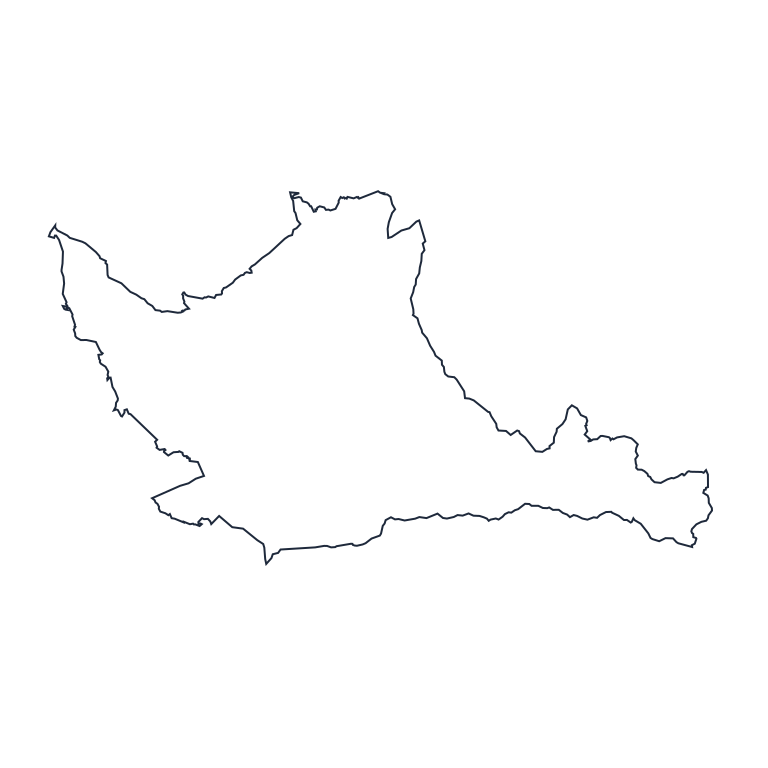 outline of Carbunesti, Prahova, Romania, rotated 168°
{"feature_id": "2599482B86728015913545", "entity_name": "Carbunesti", "entity_type": "district", "adm_level": 2, "iso_a3": "ROU", "parent_name": "Romania", "parent_adm1": "Prahova", "projection": "equal_earth", "projection_center": [26.2, 45.227], "detail": "fine", "context": "isolated", "style": "outline", "palette": "slate", "viewbox_px": 768, "rotation_deg": 168, "n_neighbors": 0, "source": "geoboundaries", "source_scale": "gbopen_adm2", "svg_char_len": 6149}
<svg xmlns="http://www.w3.org/2000/svg" viewBox="0 0 768 768"><g transform="rotate(168 384 384)"><path d="M436.0,591.0L435.9,585.9L434.8,582.0L435.9,571.7L435.0,569.6L434.8,562.2L432.5,557.9L437.1,554.6L440.5,553.7L442.9,548.8L446.5,548.5L450.9,546.7L469.0,535.9L476.9,532.7L485.4,527.8L489.0,526.6L491.5,524.6L490.2,522.6L490.3,520.4L492.2,520.5L495.0,521.9L496.9,521.6L498.7,520.0L501.5,520.0L507.9,517.1L510.8,514.5L518.4,511.3L520.8,511.2L523.3,508.5L523.6,506.3L524.6,505.4L529.7,506.0L531.9,503.4L537.7,506.2L540.1,505.6L541.5,506.1L543.7,505.2L557.4,510.8L559.5,512.7L560.4,515.1L561.2,515.2L562.7,513.6L562.1,512.2L562.7,509.5L562.1,506.1L562.8,504.7L559.1,498.2L562.8,498.2L564.0,497.3L565.9,497.7L566.3,497.5L565.9,496.6L567.9,496.2L571.0,496.6L580.7,500.3L586.4,500.7L587.8,502.3L592.2,503.8L594.4,508.5L598.4,512.1L600.8,516.8L603.4,518.3L607.7,522.9L613.0,526.9L619.9,537.1L631.2,545.5L631.7,548.1L630.0,558.4L631.3,560.2L630.4,562.1L635.5,566.0L635.7,568.2L638.4,573.0L646.8,583.7L649.6,585.9L661.0,592.3L662.9,595.1L671.5,602.1L673.1,605.5L672.6,607.5L678.7,601.9L681.1,598.1L676.3,595.5L675.0,597.6L673.8,597.3L671.9,592.5L670.5,580.3L673.4,568.7L675.7,562.6L676.0,561.1L675.2,555.6L676.0,548.8L679.5,538.9L677.5,530.0L678.5,528.6L677.4,525.9L678.0,525.5L682.0,527.1L681.2,524.0L680.1,523.0L678.1,522.2L678.9,523.7L678.4,524.8L676.1,523.6L674.2,516.7L674.9,515.2L673.9,506.1L674.8,504.5L674.0,504.0L676.2,501.7L675.6,497.7L676.0,495.1L675.0,493.1L671.4,490.0L665.9,488.9L657.1,485.0L655.1,476.7L654.1,474.0L652.8,472.5L654.0,471.6L657.3,471.9L657.4,467.4L656.7,466.2L657.4,464.6L656.8,462.8L652.8,458.8L651.1,453.4L652.5,450.3L652.1,448.3L653.6,447.1L653.7,445.4L651.3,447.2L650.1,447.1L650.2,437.5L648.5,432.6L647.3,425.1L647.9,423.3L650.0,421.3L651.1,417.6L653.7,414.4L651.0,414.7L649.7,413.8L647.9,407.4L647.0,406.7L643.8,410.0L643.3,412.4L640.8,412.7L639.9,408.0L638.2,407.2L617.5,376.6L619.9,375.1L618.9,370.1L619.7,369.0L617.2,366.2L612.1,366.0L611.5,364.9L613.0,364.2L613.4,363.2L609.9,358.9L604.1,361.0L599.0,360.3L598.3,360.8L595.4,358.6L595.5,356.6L594.5,355.0L591.9,354.5L591.3,353.7L592.2,353.6L592.1,352.7L589.4,351.5L589.6,350.5L590.1,350.6L590.1,349.1L582.3,346.4L579.2,331.5L587.8,330.5L595.8,327.5L604.6,326.8L634.6,320.5L632.5,318.0L632.1,315.6L630.5,313.9L629.6,310.7L630.2,308.8L629.3,305.7L624.7,303.0L622.2,300.5L620.5,301.3L619.6,296.9L616.8,295.8L608.6,290.2L608.5,290.9L603.0,287.2L599.8,287.1L599.1,286.1L597.9,286.0L593.9,283.4L591.4,284.8L592.5,285.7L594.5,285.9L594.3,287.6L589.9,290.6L588.1,289.2L584.3,288.7L582.5,285.7L582.1,282.9L572.7,289.2L562.2,275.5L551.9,271.8L540.4,257.6L535.4,252.6L535.1,248.8L536.6,237.5L536.6,232.5L530.3,237.1L528.2,240.6L522.7,240.8L519.6,243.6L485.3,238.5L476.2,238.1L473.3,237.4L469.7,235.2L465.6,234.6L464.2,235.2L449.5,234.6L448.1,234.2L447.9,233.1L446.3,232.1L444.1,231.4L438.2,231.5L435.1,232.1L428.3,235.4L419.6,236.6L418.0,238.3L414.7,245.5L412.4,247.4L410.7,250.5L404.9,252.2L401.4,249.3L397.8,248.9L392.2,246.2L381.5,245.8L377.1,246.5L370.3,244.0L358.6,246.1L354.2,240.7L350.4,239.3L343.4,239.4L339.3,240.5L334.4,238.9L328.2,239.8L323.9,236.6L318.0,235.1L314.0,232.8L311.3,230.9L310.0,228.4L308.0,229.2L302.6,229.2L300.1,227.6L295.6,229.5L292.8,231.6L288.8,232.6L286.2,231.7L282.3,233.3L278.8,233.7L270.9,237.5L266.8,236.4L265.0,234.2L258.4,232.8L254.4,229.7L250.1,228.6L248.1,228.9L245.0,225.8L239.2,224.6L235.9,220.7L232.0,218.2L229.8,215.1L225.7,216.4L222.5,214.8L218.0,211.2L213.2,209.0L206.6,210.0L203.4,208.8L200.0,210.9L193.5,212.6L188.2,211.7L187.7,210.7L181.7,206.2L177.6,201.1L174.6,200.5L171.5,197.2L170.3,197.6L168.0,200.8L167.1,198.7L161.9,193.9L156.5,182.9L155.3,178.0L153.7,176.5L147.5,173.0L140.7,174.7L133.4,172.9L130.8,168.5L129.2,167.0L116.5,160.5L116.4,162.3L113.2,163.2L110.6,167.7L110.8,168.5L113.3,169.9L112.7,173.1L113.7,174.2L114.0,176.0L112.9,178.1L107.6,181.8L102.2,183.2L97.3,183.3L95.1,185.3L93.9,188.1L89.5,192.0L89.1,194.5L91.0,200.2L90.2,204.7L90.6,207.6L94.3,211.1L92.9,213.8L91.3,213.8L90.6,215.5L88.5,215.8L86.0,228.1L86.9,232.8L89.8,230.7L91.5,231.9L102.2,234.4L103.8,235.3L105.4,235.0L109.2,232.2L110.0,232.4L110.5,233.9L111.5,234.1L116.0,232.3L120.3,231.5L122.3,232.3L126.6,231.8L133.8,229.7L139.8,231.7L142.2,235.1L142.9,237.7L144.7,239.0L145.0,241.4L147.5,244.7L149.8,246.6L153.5,247.5L154.8,249.6L153.9,252.0L154.2,253.6L153.8,258.3L150.6,261.2L151.8,265.6L150.5,269.1L148.3,272.2L151.6,277.2L153.3,279.4L159.9,283.0L167.1,283.3L171.0,282.2L171.9,283.2L174.0,282.0L174.3,284.2L175.1,285.2L181.1,287.8L182.9,288.1L186.9,285.7L190.9,286.3L193.7,285.3L196.6,285.4L193.7,286.8L198.2,292.8L195.0,295.6L195.8,301.2L194.4,301.5L194.6,302.9L192.8,305.6L193.2,309.3L197.9,312.7L200.2,320.0L204.7,324.1L209.5,320.9L213.7,311.7L217.8,307.7L224.2,304.3L225.1,301.4L228.7,296.7L230.1,291.3L235.0,288.9L235.4,286.6L238.1,286.6L243.2,284.7L249.6,286.7L257.1,302.3L261.4,307.4L261.7,309.8L263.4,310.8L270.7,307.8L274.4,312.7L281.7,314.7L282.8,318.2L282.5,321.7L285.8,330.2L286.6,334.5L288.0,335.1L299.6,349.3L303.6,352.0L307.7,353.3L307.1,360.2L312.0,373.2L313.8,376.0L319.6,378.0L322.0,380.9L322.4,383.4L321.9,388.2L323.3,390.8L322.6,394.9L327.7,401.0L328.4,405.0L330.9,411.8L332.5,419.8L336.0,426.3L335.9,428.9L337.3,435.7L337.6,441.3L341.4,445.4L340.5,446.6L339.8,451.0L340.1,462.1L336.4,467.7L334.3,472.6L332.3,474.7L330.8,480.0L326.6,484.8L324.7,490.6L321.9,496.5L320.0,503.5L316.6,506.5L316.9,513.3L313.9,515.0L315.6,536.7L318.6,536.1L326.8,531.1L335.1,530.5L346.0,526.2L349.5,526.0L348.2,535.0L345.6,541.3L340.5,549.6L336.8,552.6L338.6,558.2L338.8,565.8L341.3,568.6L344.4,569.6L345.9,570.6L345.1,570.9L348.0,571.9L349.7,573.8L369.8,570.5L370.3,572.1L371.1,571.8L371.6,572.6L375.1,571.9L380.8,574.6L381.9,573.1L382.6,573.9L383.9,573.6L384.5,575.0L386.2,574.6L387.5,575.9L390.3,572.7L390.6,570.8L395.0,565.4L400.4,564.9L401.9,566.1L404.6,566.4L405.7,569.1L409.9,571.2L412.7,570.3L413.3,568.7L414.8,569.0L414.8,567.1L416.9,567.1L418.3,573.0L419.3,573.2L420.3,576.0L421.7,577.7L425.5,579.6L426.5,583.6L428.5,584.6L433.1,584.4L435.2,585.8L432.5,587.6L427.3,588.3L436.0,591.0Z" fill="none" stroke="#1e293b" stroke-width="2"/></g></svg>